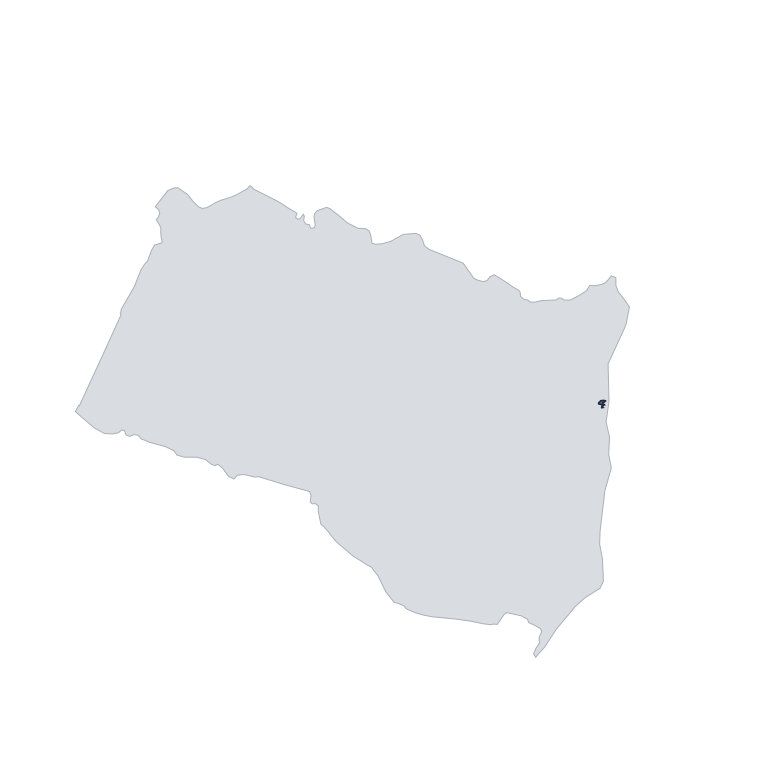 Ayawaso West, Greater Accra, Ghana (highlighted), rotated 295°
{"feature_id": "2480657B22724340600972", "entity_name": "Ayawaso West", "entity_type": "district", "adm_level": 2, "iso_a3": "GHA", "parent_name": "Ghana", "parent_adm1": "Greater Accra", "projection": "orthographic", "projection_center": [-0.161, 5.632], "detail": "fine", "context": "in_parent", "style": "filled", "palette": "slate", "viewbox_px": 768, "rotation_deg": 295, "n_neighbors": 0, "source": "geoboundaries", "source_scale": "gbopen_adm2", "svg_char_len": 3941}
<svg xmlns="http://www.w3.org/2000/svg" viewBox="0 0 768 768"><g transform="rotate(295 384 384)"><path d="M468.0,106.3L473.5,111.5L474.7,114.6L472.7,126.0L468.7,134.0L466.1,141.4L466.4,145.2L468.9,148.9L477.3,154.8L481.7,158.6L486.8,164.4L492.7,170.0L502.8,177.4L507.0,178.7L506.8,180.7L505.5,183.6L504.6,211.0L503.8,218.1L503.1,221.6L502.2,231.9L501.1,233.4L499.2,233.2L497.4,233.6L497.0,235.7L497.7,237.8L503.8,239.2L502.5,240.8L498.0,242.2L495.9,245.3L496.8,248.8L494.3,251.6L495.0,253.5L496.6,254.9L499.2,254.4L506.3,249.7L509.3,249.2L512.9,250.2L519.8,257.3L520.1,260.9L517.3,273.0L514.6,282.3L514.1,294.7L517.0,301.7L516.6,305.6L513.5,308.9L506.5,313.7L507.0,317.0L510.3,323.1L516.2,329.9L527.8,338.3L534.0,349.3L534.1,353.8L530.6,358.3L526.4,362.2L525.0,367.8L527.0,404.6L517.8,420.6L517.7,425.2L518.7,430.5L521.1,433.7L525.8,434.6L529.6,437.7L528.3,448.9L526.3,460.4L526.0,465.9L524.8,468.5L521.2,470.7L519.9,474.3L520.8,478.8L520.1,482.1L522.1,486.3L526.3,491.7L533.1,504.9L535.7,505.9L536.8,508.7L536.1,511.4L538.7,517.2L546.2,523.0L554.1,528.1L560.5,528.8L562.0,533.4L566.2,539.2L569.3,541.8L574.1,543.4L578.1,544.3L578.3,549.2L571.2,552.6L566.3,557.6L562.6,565.4L557.5,573.9L539.9,578.3L533.1,578.4L496.9,578.6L463.0,595.4L443.4,601.3L431.4,610.7L415.2,617.4L404.0,625.5L380.5,629.3L342.0,642.0L330.0,647.1L317.8,655.9L298.0,666.2L290.2,666.1L274.8,656.3L263.1,651.4L234.7,643.8L213.4,640.8L203.2,637.6L200.3,637.0L202.8,633.6L208.7,633.4L214.9,634.4L219.6,631.8L226.6,631.5L228.4,628.7L229.0,621.7L228.9,616.0L231.4,613.5L232.0,606.8L228.7,592.0L226.3,590.3L213.9,588.2L213.0,585.2L210.8,582.1L208.4,574.5L205.8,563.1L201.5,549.0L193.3,525.8L191.3,517.6L189.9,509.2L189.7,499.2L191.4,495.5L191.2,490.4L190.5,485.2L196.4,473.5L208.0,459.1L210.4,453.9L212.6,450.3L212.9,445.1L215.1,428.2L220.7,407.9L224.2,400.3L226.5,396.1L229.4,389.3L230.1,386.2L240.7,378.3L245.6,376.1L246.7,373.0L245.1,369.6L245.8,367.2L248.3,366.1L252.2,365.1L255.1,361.9L250.8,336.8L247.3,311.8L247.2,309.7L245.0,306.2L243.0,295.9L239.5,289.8L234.5,288.0L234.6,282.3L239.7,272.8L241.0,267.1L238.6,265.4L238.3,261.1L240.1,254.0L239.3,249.6L238.4,245.0L233.3,234.0L232.1,226.3L234.8,221.8L234.8,211.9L232.1,196.6L231.7,186.9L233.6,182.9L232.7,179.1L229.0,175.5L228.8,171.9L232.0,168.5L231.6,165.8L227.6,163.9L224.1,159.2L221.0,151.7L221.8,139.8L227.9,117.9L228.7,116.0L235.4,116.2L235.5,117.1L256.5,117.0L280.5,116.9L309.2,116.7L335.3,116.5L336.4,115.5L340.7,114.3L367.1,116.6L383.5,115.5L390.5,116.2L395.6,117.7L407.0,116.8L413.1,117.4L417.7,122.8L419.5,122.8L422.1,120.5L426.6,117.8L431.3,115.7L434.6,111.5L436.6,108.2L439.6,108.9L443.9,108.7L446.8,106.0L448.0,101.8L468.0,106.3Z" fill="#d9dde1" stroke="#a8b0b8" stroke-width="1"/><path d="M460.4,587.3L460.1,587.3L459.8,587.3L459.7,587.3L459.4,587.3L459.2,587.3L458.8,587.3L458.4,587.3L458.4,587.2L458.5,586.9L458.5,586.7L458.1,586.6L457.9,586.6L457.6,586.6L457.1,586.6L456.9,586.7L456.9,586.8L456.7,586.9L456.7,587.3L456.8,587.7L456.9,588.2L456.9,588.5L457.0,588.8L457.4,589.6L457.5,590.1L457.5,590.3L456.9,590.6L456.6,590.7L456.6,590.8L456.4,590.8L456.0,590.8L455.0,591.1L454.7,591.1L454.6,591.5L455.0,592.1L455.0,591.9L454.9,591.8L455.1,591.8L455.1,592.0L455.3,592.0L455.3,591.9L455.2,591.7L455.3,591.5L455.5,591.6L455.9,591.7L456.4,591.4L456.6,591.5L457.2,591.9L458.0,592.5L458.3,592.8L458.4,592.6L458.4,592.3L458.6,591.6L458.6,591.4L458.6,591.2L458.6,590.5L460.3,590.0L460.2,590.0L460.1,590.3L460.1,590.5L460.2,590.8L460.3,590.9L460.4,591.0L460.5,591.1L460.7,591.3L460.8,591.3L461.0,591.4L461.1,591.5L461.3,591.6L461.5,591.6L461.8,591.6L462.0,591.7L462.2,591.9L462.3,592.0L462.4,591.9L462.4,591.7L462.3,591.4L462.2,591.3L462.2,591.2L462.2,590.9L462.1,590.7L462.0,590.4L461.9,590.3L462.0,590.2L461.9,590.0L461.9,589.9L461.8,589.7L461.7,589.6L461.8,589.4L461.5,588.9L461.1,588.8L460.8,588.6L460.7,588.3L460.7,587.8L460.6,587.6L460.4,587.3Z" fill="#64748b" stroke="#1e293b" stroke-width="1.5"/></g></svg>